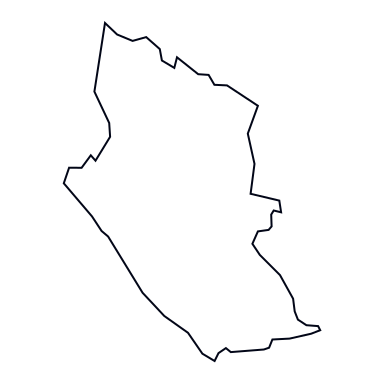 the district of Gloucester, Virginia, United States of America
{"feature_id": "52423323B10302998803932", "entity_name": "Gloucester", "entity_type": "district", "adm_level": 2, "iso_a3": "USA", "parent_name": "United States of America", "parent_adm1": "Virginia", "projection": "equal_earth", "projection_center": [-76.514, 37.422], "detail": "fine", "context": "isolated", "style": "outline", "palette": "ink", "viewbox_px": 384, "rotation_deg": 0, "n_neighbors": 0, "source": "geoboundaries", "source_scale": "gbopen_adm2", "svg_char_len": 790}
<svg xmlns="http://www.w3.org/2000/svg" viewBox="0 0 384 384"><path d="M63.8,183.3L92.0,216.4L101.6,231.0L108.1,236.5L142.6,292.8L164.3,316.0L188.0,332.8L202.4,353.7L214.6,361.0L218.5,353.1L225.9,348.1L230.8,352.1L263.9,349.5L269.1,347.7L272.4,339.5L289.6,338.6L311.2,333.7L320.2,330.2L318.1,326.1L306.4,325.2L297.9,319.6L294.7,311.4L293.1,298.7L280.0,275.1L259.8,254.9L252.4,243.8L257.9,231.4L268.6,229.9L271.6,226.4L271.2,214.6L273.7,210.5L281.1,212.3L279.3,200.6L250.6,193.8L254.5,163.9L247.8,133.6L257.9,105.8L227.0,85.4L214.4,84.8L208.6,74.9L198.2,74.2L177.0,57.3L174.3,67.9L161.9,60.5L159.8,49.1L146.2,37.1L132.6,40.9L117.1,34.5L105.0,23.0L94.4,91.6L109.2,123.0L110.1,136.8L95.5,160.7L90.8,155.3L81.6,167.8L69.1,167.7L63.8,183.3Z" fill="none" stroke="#020617" stroke-width="2"/></svg>